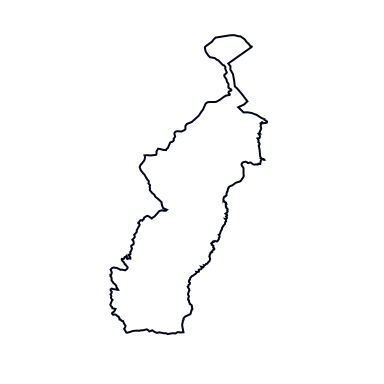 the district of Metinaro, Dili, East Timor, rotated 133°
{"feature_id": "22284137B6793847155334", "entity_name": "Metinaro", "entity_type": "district", "adm_level": 2, "iso_a3": "TLS", "parent_name": "East Timor", "parent_adm1": "Dili", "projection": "natural_earth1", "projection_center": [125.764, -8.537], "detail": "fine", "context": "isolated", "style": "outline", "palette": "ink", "viewbox_px": 384, "rotation_deg": 133, "n_neighbors": 0, "source": "geoboundaries", "source_scale": "gbopen_adm2", "svg_char_len": 6086}
<svg xmlns="http://www.w3.org/2000/svg" viewBox="0 0 384 384"><g transform="rotate(133 192 192)"><path d="M45.5,248.9L45.0,251.7L45.1,254.2L44.4,257.7L45.1,262.7L46.3,264.1L48.5,268.1L51.4,271.0L62.9,280.0L65.7,280.2L68.6,279.9L76.5,281.4L77.4,281.3L79.4,278.7L80.1,277.3L81.0,273.5L81.2,270.9L78.5,266.6L78.4,264.3L77.7,262.4L78.1,257.1L78.1,256.3L77.5,254.7L77.9,252.7L79.1,251.9L80.8,248.1L81.3,247.9L84.4,248.2L85.4,247.0L86.2,243.4L87.5,241.7L87.9,239.5L88.6,238.4L90.6,236.9L90.8,235.8L90.3,233.1L91.0,232.5L93.2,233.5L94.2,233.3L94.7,232.5L94.7,231.0L95.4,230.7L98.2,232.8L100.2,233.5L105.6,234.5L109.1,235.6L110.2,236.3L114.4,240.7L115.7,241.8L116.4,242.0L118.1,242.3L124.3,240.1L126.8,239.9L131.6,239.1L140.9,239.9L145.9,242.2L148.1,241.9L150.7,239.6L151.7,239.7L154.9,240.9L157.6,244.2L158.9,245.1L159.7,245.2L160.7,245.1L161.3,244.7L163.0,242.1L165.7,241.7L166.6,240.5L168.3,240.5L170.7,241.7L176.2,239.7L177.9,239.9L179.0,239.5L180.9,241.8L182.4,244.9L183.5,246.3L186.6,245.6L188.4,243.9L189.5,243.7L193.4,247.1L196.1,250.4L197.6,251.7L198.3,250.3L200.7,248.7L202.3,248.3L203.4,248.4L204.8,248.0L206.5,248.2L208.9,247.6L209.6,247.0L211.0,244.4L211.6,240.7L211.7,238.5L212.9,235.1L212.9,234.1L213.4,233.3L213.4,231.7L213.7,230.8L215.5,229.6L215.5,227.7L215.9,227.0L217.0,226.7L218.0,225.1L219.4,224.1L219.9,220.5L219.7,218.5L219.8,217.3L220.4,215.8L220.5,214.9L220.2,212.6L220.2,207.2L221.0,206.7L221.6,205.4L222.1,205.0L223.5,202.1L222.1,198.2L223.6,198.4L224.8,199.6L225.8,201.4L228.2,202.9L235.6,202.7L237.4,203.3L238.8,203.3L239.2,206.6L239.7,208.2L240.9,208.9L243.4,209.5L245.0,208.7L245.5,209.0L246.9,208.8L247.3,210.1L248.5,210.5L250.3,210.1L251.0,210.4L251.5,210.0L251.2,209.0L251.5,208.1L252.4,207.6L254.5,207.2L257.7,206.3L259.0,205.1L262.7,205.1L263.5,203.6L264.3,203.0L267.6,203.1L267.8,201.3L269.2,199.7L270.2,199.1L271.9,199.7L272.9,199.7L273.5,199.0L274.1,197.5L276.7,196.3L278.1,196.2L279.3,194.7L280.3,194.9L281.1,195.5L281.4,195.1L281.9,192.5L282.8,191.7L283.5,192.9L285.1,193.6L285.0,194.5L283.6,195.6L283.3,196.3L284.4,196.3L285.4,196.8L287.6,196.3L288.8,197.7L289.5,197.2L289.8,195.9L289.9,193.8L290.6,192.1L290.3,191.2L290.6,191.0L290.8,188.6L291.2,187.4L292.9,187.1L294.8,187.4L296.7,190.5L297.6,191.2L298.8,195.1L300.8,198.0L302.3,198.6L304.3,198.6L305.4,195.9L307.7,194.6L308.3,195.1L309.2,194.2L309.4,192.8L310.1,191.8L311.6,190.4L311.8,188.4L312.2,187.5L312.0,185.2L312.2,183.5L313.0,182.6L313.9,179.3L314.6,180.0L315.1,181.2L316.8,183.4L317.3,184.8L318.7,185.1L319.5,184.2L319.7,182.7L321.0,181.8L322.4,181.8L323.2,179.9L324.6,179.2L325.0,178.2L325.1,176.5L326.3,176.4L330.2,174.8L330.7,173.1L330.6,172.1L331.3,170.9L329.7,168.2L332.5,167.4L334.1,167.8L335.1,167.8L335.5,167.5L335.6,166.0L334.1,164.8L333.6,163.6L333.6,161.9L333.2,160.6L333.9,158.9L334.3,158.8L334.7,158.0L334.0,157.2L334.2,155.6L333.4,154.4L334.5,152.2L335.3,149.2L336.9,148.5L338.4,148.3L339.6,144.1L338.8,143.2L336.7,141.9L333.9,140.4L331.4,138.2L329.2,135.7L328.1,135.1L326.9,133.8L323.3,131.4L322.9,129.8L323.1,128.1L320.2,126.7L319.9,124.1L319.0,121.6L317.0,120.3L314.4,116.1L313.0,114.7L312.5,112.9L308.5,109.9L306.9,107.8L306.1,107.4L304.6,107.1L303.9,106.6L302.6,104.6L300.4,102.6L296.3,108.2L294.7,109.4L293.3,110.1L292.3,111.0L291.1,111.0L290.7,111.8L289.2,112.1L287.6,112.0L282.9,110.1L282.0,110.0L278.3,112.0L277.8,111.7L277.0,112.2L276.7,113.0L275.2,114.6L275.0,115.2L275.3,117.3L275.0,117.5L274.4,119.3L273.8,119.6L273.3,120.5L273.5,121.4L272.6,122.1L270.5,123.0L270.0,123.8L269.9,124.6L269.6,125.1L266.8,126.6L265.7,126.8L265.5,127.3L264.9,127.9L264.6,129.5L264.2,130.5L263.4,130.4L262.5,131.1L260.9,130.9L260.3,131.2L259.8,131.7L259.8,132.9L259.1,133.6L258.4,133.6L258.2,133.9L257.3,133.8L256.1,134.7L254.8,134.6L253.9,134.8L252.8,134.3L249.0,133.5L247.8,133.7L247.5,134.4L246.8,133.4L245.5,132.7L244.3,134.0L242.5,132.9L241.5,132.7L240.8,133.0L240.4,134.3L239.3,132.4L238.0,132.7L237.5,133.4L237.2,132.8L236.0,132.5L235.0,132.7L233.9,131.9L232.1,132.3L230.9,132.0L228.5,133.1L227.3,135.4L226.9,135.6L226.8,135.4L226.0,136.1L224.6,136.4L224.3,136.8L223.5,137.0L222.8,136.5L222.4,136.8L221.9,136.4L221.2,137.0L220.1,137.1L218.9,136.6L218.3,136.9L218.0,137.5L218.2,138.0L218.1,138.7L216.7,139.7L217.1,141.7L216.5,142.0L216.4,142.9L213.8,142.8L214.0,142.2L213.6,141.9L212.2,141.9L211.3,140.3L210.8,139.9L208.1,140.2L207.5,140.9L206.5,141.0L205.7,141.5L205.1,142.4L205.0,143.2L204.3,142.9L203.4,143.1L200.6,144.4L199.0,144.6L197.4,145.7L196.3,145.7L195.1,146.1L193.2,146.0L191.2,147.2L190.2,147.0L189.1,148.4L189.0,149.3L188.5,148.6L187.2,148.7L186.9,149.2L186.7,150.4L185.3,150.2L184.8,150.8L185.0,152.7L182.9,152.3L181.8,152.8L181.7,153.5L180.3,154.2L180.1,154.7L180.4,155.3L179.8,157.0L179.4,156.9L178.9,158.0L177.9,159.0L177.3,158.7L177.2,159.4L176.6,159.9L177.0,161.0L176.7,161.8L176.9,162.8L177.2,162.8L176.0,164.0L174.5,164.9L173.5,165.1L173.1,164.7L172.2,164.9L171.9,164.5L170.8,164.5L169.9,165.5L168.2,166.5L167.6,166.3L164.9,168.0L164.6,167.8L163.5,168.4L161.7,168.1L159.8,167.1L155.4,166.3L152.0,164.3L150.8,163.9L146.1,164.6L144.7,165.2L144.3,166.0L139.4,170.6L138.6,173.8L137.9,174.7L136.4,175.1L135.4,174.9L133.3,173.5L132.8,172.3L132.8,171.0L132.2,170.3L131.3,170.0L130.4,169.1L130.1,166.3L129.5,165.1L128.3,164.2L127.1,162.6L126.6,162.5L126.1,162.8L125.0,161.2L121.9,163.2L120.0,163.4L119.8,165.7L119.5,166.4L114.9,171.5L112.4,175.0L111.4,174.9L110.7,175.4L110.3,176.2L110.3,177.6L109.2,178.1L108.3,179.6L108.1,180.6L106.7,179.5L105.7,179.7L104.6,180.7L104.0,183.0L103.2,182.3L103.3,183.0L102.2,183.1L101.6,183.6L98.5,184.6L97.5,185.7L97.4,186.5L95.7,187.5L95.4,188.1L94.8,187.8L94.8,188.7L93.1,188.4L93.1,188.1L93.7,187.9L93.6,187.6L93.0,186.8L91.3,185.2L90.8,185.2L90.6,184.8L90.1,184.6L89.2,185.2L89.8,188.2L89.3,188.6L90.5,191.6L91.5,197.2L93.5,202.2L96.0,205.9L98.6,208.5L98.5,216.0L92.6,213.6L87.9,213.3L86.2,223.3L85.5,229.6L85.6,232.6L81.6,237.4L77.8,242.5L76.3,247.5L73.8,249.6L73.3,253.1L45.3,247.3L44.9,247.5L45.5,248.9ZM119.9,163.0L119.4,161.2L119.1,161.0L119.0,162.1L119.9,163.0Z" fill="none" stroke="#020617" stroke-width="2"/></g></svg>